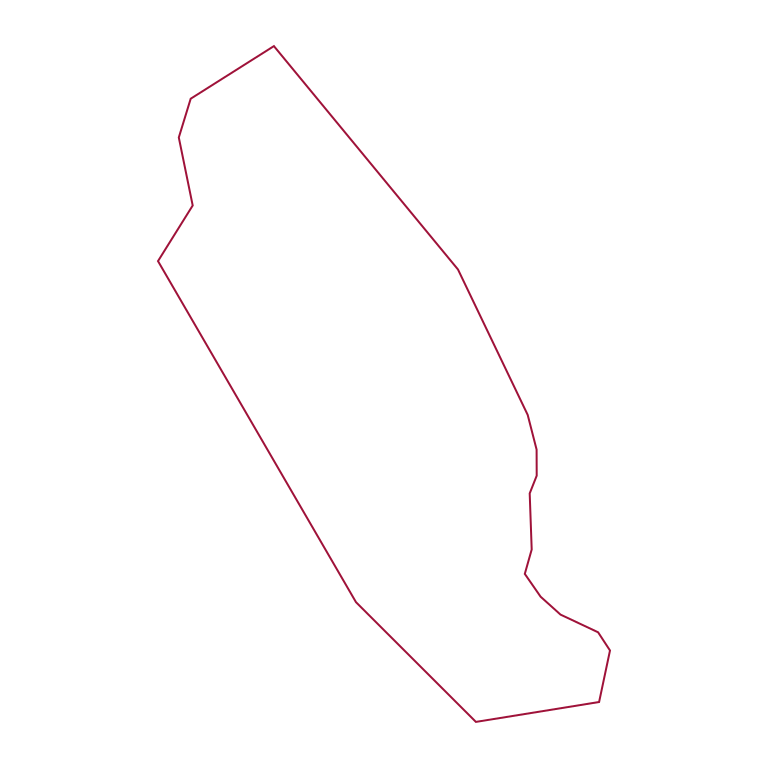 Hajdina, orthographic projection
{"feature_id": "SVN-227", "entity_name": "Hajdina", "entity_type": "Municipality", "adm_level": 1, "iso_a3": "SVN", "parent_name": "Slovenia", "parent_adm1": "", "projection": "orthographic", "projection_center": [15.843, 46.418], "detail": "fine", "context": "isolated", "style": "outline", "palette": "rose", "viewbox_px": 768, "rotation_deg": 0, "n_neighbors": 0, "source": "natural_earth", "source_scale": "10m", "svg_char_len": 365}
<svg xmlns="http://www.w3.org/2000/svg" viewBox="0 0 768 768"><path d="M158.0,261.1L192.7,205.5L178.8,137.5L190.7,98.7L273.9,46.1L458.0,269.5L527.7,414.9L536.6,449.6L536.7,475.7L529.7,493.4L531.7,549.5L524.8,573.9L540.6,596.7L560.5,614.6L598.1,632.3L610.0,650.5L599.1,702.0L475.9,721.9L356.0,602.2L158.0,261.1Z" fill="none" stroke="#9f1239" stroke-width="2"/></svg>